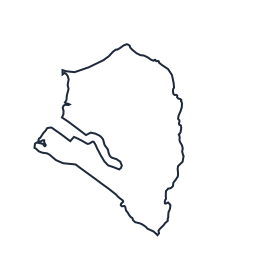 SVG path tracing the border of Senegal, rotated 36°
{"feature_id": "SEN", "entity_name": "Senegal", "entity_type": "country or territory", "adm_level": 0, "iso_a3": "SEN", "parent_name": "Africa", "parent_adm1": "", "projection": "natural_earth1", "projection_center": [-14.381, 14.503], "detail": "fine", "context": "isolated", "style": "outline", "palette": "slate", "viewbox_px": 256, "rotation_deg": 36, "n_neighbors": 0, "source": "natural_earth", "source_scale": "50m", "svg_char_len": 2941}
<svg xmlns="http://www.w3.org/2000/svg" viewBox="0 0 256 256"><g transform="rotate(36 128 128)"><path d="M189.4,117.9L192.0,123.2L191.5,125.8L190.9,129.5L192.4,132.2L194.1,134.0L195.4,135.6L196.8,137.9L197.0,142.3L196.8,145.5L197.7,147.0L198.5,148.8L198.3,150.3L197.8,151.7L196.1,153.5L195.8,156.8L198.6,160.9L200.4,163.0L200.4,164.3L200.9,165.7L202.2,167.3L203.0,166.9L203.8,165.6L204.2,164.7L206.6,165.1L207.7,165.5L209.2,168.2L209.8,169.9L210.2,172.1L211.8,174.9L213.2,176.8L213.4,178.0L214.7,179.7L213.9,183.3L214.0,185.2L213.2,190.1L213.0,192.4L213.1,193.2L215.0,195.0L214.8,197.4L212.9,197.0L209.5,196.7L202.9,198.0L200.6,197.5L196.3,197.6L193.2,198.3L189.2,200.0L186.2,199.6L184.5,198.3L182.4,198.4L179.9,197.7L177.3,196.5L174.9,195.9L172.3,193.6L171.1,193.2L170.3,193.8L169.6,194.5L168.8,195.0L167.4,194.6L166.9,193.1L167.3,191.6L167.5,190.5L166.8,189.9L165.2,189.6L162.7,189.7L158.6,189.2L157.7,188.9L148.5,188.5L139.0,188.5L131.0,188.4L120.8,188.4L113.7,188.4L107.0,188.3L101.9,191.3L96.3,194.6L88.8,196.3L80.2,195.7L77.4,196.1L74.6,197.6L72.5,198.6L69.5,199.3L65.6,198.8L64.1,199.1L63.1,197.6L62.0,195.2L62.7,193.4L65.1,192.3L68.6,190.8L70.4,191.6L71.5,191.6L71.7,190.7L71.4,190.1L68.7,188.9L67.4,187.2L66.2,188.1L65.2,190.2L64.4,190.9L63.2,191.4L62.5,190.0L62.2,188.6L62.8,187.6L62.5,181.6L62.9,178.4L62.7,175.6L64.4,173.8L65.9,172.6L72.1,172.5L77.8,172.4L83.4,172.5L89.0,172.6L89.5,167.0L91.3,166.6L94.0,166.0L99.0,165.3L104.5,164.7L105.7,163.6L106.6,161.7L107.2,160.0L108.3,159.3L109.9,159.9L111.9,160.8L114.0,162.1L116.4,163.4L118.0,164.1L121.9,166.1L128.5,168.9L133.9,169.9L140.4,167.9L145.2,166.7L145.8,164.3L145.0,161.9L141.5,159.8L136.7,160.0L135.2,160.6L133.0,161.3L131.6,161.6L129.4,161.1L126.5,159.2L124.7,157.4L122.2,156.5L119.2,155.6L114.4,151.8L111.9,151.1L109.5,150.9L105.0,151.7L100.5,153.7L98.2,158.4L93.7,158.3L84.3,158.1L75.6,158.0L68.4,158.3L67.7,154.9L66.0,152.3L63.3,150.0L62.7,147.8L63.6,146.0L66.3,144.4L66.9,143.3L65.5,143.5L63.4,144.5L62.0,144.5L61.8,141.6L59.5,137.8L56.9,131.3L53.9,128.7L51.4,123.5L48.8,121.5L46.4,120.6L44.3,120.8L43.6,123.1L41.0,119.7L44.5,118.5L52.0,114.2L60.6,101.9L68.4,87.3L69.4,83.9L70.3,81.3L71.0,75.3L72.1,71.7L73.1,71.1L74.4,68.4L76.0,63.6L77.8,60.9L79.8,60.4L81.3,60.6L82.4,61.6L85.7,62.2L91.0,62.5L95.2,61.8L98.1,60.1L102.0,59.3L106.7,59.2L109.2,58.5L109.5,57.2L110.1,56.8L111.1,57.3L112.0,57.1L112.9,56.1L113.8,56.0L114.7,56.9L118.7,57.1L125.8,56.8L132.4,59.3L138.4,64.7L141.5,68.2L141.7,70.0L142.7,71.8L144.5,73.6L146.2,73.9L147.7,72.8L148.8,72.9L149.7,74.3L151.4,74.6L153.3,73.8L154.7,74.0L154.9,74.9L155.3,75.3L156.2,75.5L157.4,76.6L159.2,79.4L160.6,83.4L161.7,88.4L163.2,91.2L165.0,91.6L166.0,92.7L166.3,93.9L166.8,94.7L167.6,95.2L169.2,94.9L171.0,96.6L172.9,100.3L173.2,102.0L172.9,102.9L173.0,103.6L174.3,104.2L175.5,105.4L176.5,107.3L178.6,108.9L181.9,110.3L184.3,112.4L185.7,115.3L188.7,117.7L189.4,117.9Z" fill="none" stroke="#1e293b" stroke-width="2"/></g></svg>